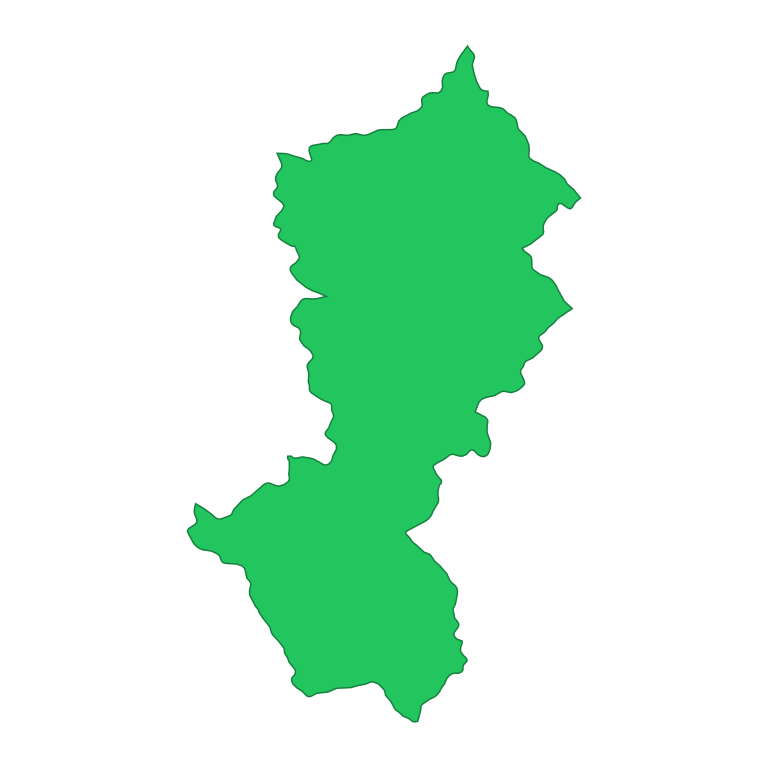 an SVG outline of Moravicki
{"feature_id": "SRB-829", "entity_name": "Moravicki", "entity_type": "District", "adm_level": 1, "iso_a3": "SRB", "parent_name": "Republic of Serbia", "parent_adm1": "", "projection": "equal_earth", "projection_center": [20.274, 43.751], "detail": "fine", "context": "isolated", "style": "filled", "palette": "green", "viewbox_px": 768, "rotation_deg": 0, "n_neighbors": 0, "source": "natural_earth", "source_scale": "10m", "svg_char_len": 6098}
<svg xmlns="http://www.w3.org/2000/svg" viewBox="0 0 768 768"><path d="M572.2,308.6L557.9,318.3L553.5,323.3L548.2,327.6L544.9,331.8L539.6,335.8L538.9,336.9L538.7,338.2L539.0,339.5L542.2,345.0L542.5,346.4L542.1,348.8L540.8,350.7L532.8,357.8L525.9,361.2L524.4,363.1L523.2,366.7L520.7,370.1L520.5,371.6L520.9,373.8L523.5,379.0L524.6,382.3L524.5,383.6L524.0,384.8L522.1,387.0L518.3,389.9L516.0,391.1L511.4,392.6L504.2,391.3L501.8,391.5L494.6,395.6L486.8,397.2L483.0,398.6L480.9,399.9L478.6,402.8L476.0,409.8L475.0,411.7L485.7,417.4L487.4,419.7L487.8,421.0L487.1,426.4L487.1,432.1L487.9,435.0L490.4,441.8L490.7,443.3L490.1,448.8L488.2,453.7L487.4,454.8L484.9,456.4L483.0,456.6L481.1,456.3L478.5,455.0L473.9,450.5L471.6,449.8L469.6,450.9L466.4,454.4L462.7,456.1L459.0,456.0L453.0,454.2L450.3,454.6L443.5,459.7L437.9,462.5L433.6,465.4L433.1,466.6L433.3,468.1L436.3,473.9L438.7,477.4L441.3,480.1L441.6,481.2L441.0,483.6L439.3,485.1L438.0,491.0L437.9,495.1L438.6,499.2L438.3,502.2L433.1,511.0L431.4,515.2L428.6,518.7L425.8,520.9L407.7,530.5L405.8,532.1L405.5,533.1L405.8,533.8L409.5,537.7L412.7,542.2L416.8,545.5L424.0,552.1L429.2,554.1L431.1,555.8L434.5,561.0L439.9,565.8L446.9,574.0L449.7,580.3L451.8,582.8L454.9,585.4L456.7,587.7L457.5,591.4L457.1,595.3L455.6,603.1L455.0,604.9L453.4,608.0L452.9,610.1L453.9,613.6L454.6,618.0L457.8,622.1L458.6,623.6L458.7,624.9L458.5,626.2L457.8,627.7L454.6,631.9L453.9,633.3L453.8,634.7L454.5,636.5L456.6,638.9L462.3,641.2L461.9,643.8L460.5,647.9L460.5,650.4L460.8,651.9L463.2,655.2L465.7,657.6L467.1,659.6L466.9,661.1L463.5,665.0L462.9,667.1L463.0,669.7L461.9,671.7L458.8,673.2L453.1,673.3L449.4,675.4L446.6,678.8L444.5,683.9L441.6,687.7L439.3,692.1L437.8,693.9L435.2,696.5L429.4,699.4L423.2,703.6L421.7,704.9L421.0,706.3L420.5,711.2L417.7,721.3L415.1,721.9L412.8,721.5L408.4,718.3L402.9,716.0L399.1,712.3L395.9,710.1L394.8,708.8L391.0,701.7L385.5,695.2L385.2,692.6L383.9,689.5L378.4,683.9L373.4,682.0L371.3,681.8L365.0,684.3L358.9,685.3L350.9,687.6L337.8,688.2L335.8,688.6L328.0,692.0L316.6,693.3L311.5,696.1L309.2,696.7L306.7,695.9L301.8,690.9L296.9,687.9L293.1,684.2L291.6,681.0L291.6,678.7L292.0,677.8L295.1,674.2L295.5,671.4L295.2,670.1L294.4,668.7L289.1,662.2L287.9,658.5L284.7,653.2L284.1,648.7L283.5,647.4L278.2,640.7L272.8,635.0L271.8,633.4L270.0,627.5L269.3,626.2L262.6,617.8L258.7,611.7L259.3,610.9L255.5,606.2L250.0,595.8L249.5,592.1L249.6,590.2L250.8,584.9L250.7,583.3L249.6,581.1L247.5,578.9L246.8,577.7L244.8,568.8L242.3,566.0L236.4,564.0L226.3,563.4L223.4,562.8L221.6,561.2L219.5,555.8L217.8,554.1L211.3,551.0L202.8,549.8L198.7,548.1L195.9,545.8L193.5,543.2L187.6,532.1L187.5,530.8L188.1,529.4L189.2,528.2L195.4,524.2L196.9,521.6L196.6,518.7L194.9,514.8L194.3,512.1L194.6,508.0L195.6,503.7L204.3,508.8L211.6,514.3L215.2,517.5L217.2,518.7L219.3,519.2L221.0,518.9L229.9,515.7L231.7,514.1L233.8,509.5L242.1,500.6L244.1,499.2L250.7,496.0L264.2,484.3L266.9,483.1L269.6,483.1L276.2,485.8L278.8,486.2L283.7,484.8L287.6,482.2L289.3,479.6L289.4,478.3L288.8,474.0L289.3,469.8L289.3,460.9L287.6,458.5L287.7,456.2L291.1,456.1L292.9,457.7L295.6,458.3L302.4,456.9L309.6,458.0L314.0,459.2L323.7,464.7L326.4,465.1L329.0,463.9L331.6,460.9L333.1,455.5L335.9,450.2L336.5,448.4L336.5,446.0L335.5,443.7L333.6,441.9L327.9,437.8L325.8,435.4L325.2,434.1L325.6,432.1L328.9,427.7L330.9,422.3L333.4,417.2L333.6,415.2L331.9,410.6L331.5,404.9L331.1,404.0L330.1,403.1L323.0,400.2L319.9,398.5L311.2,392.7L309.7,390.6L309.4,389.4L309.5,386.2L308.3,381.7L308.9,373.8L307.1,366.8L307.3,365.3L308.6,362.6L312.6,358.5L313.1,356.6L312.9,355.2L310.7,351.1L308.6,349.1L304.1,346.0L299.7,339.7L299.8,336.9L300.3,334.9L300.6,332.0L299.8,329.2L298.1,327.6L293.5,325.4L291.9,323.7L290.9,321.8L290.5,320.4L290.6,317.4L292.7,311.4L297.2,306.8L300.2,301.8L302.1,299.8L303.5,299.0L305.9,298.5L311.9,299.0L316.0,298.8L326.4,296.4L317.8,292.6L312.0,290.6L305.7,287.1L296.8,279.9L291.3,272.5L290.2,269.7L290.4,267.4L291.9,265.5L296.2,262.5L298.7,259.3L299.2,258.0L299.3,256.6L298.7,254.8L296.8,250.9L295.1,246.3L292.7,246.2L290.3,245.5L281.7,240.3L279.1,238.0L278.4,236.7L278.4,234.4L280.4,230.9L280.7,229.2L280.1,228.3L279.3,227.8L275.1,226.4L273.7,224.8L273.8,223.2L276.2,216.5L281.8,210.6L283.8,206.6L283.7,205.3L282.1,202.7L275.1,197.0L274.1,195.8L273.5,193.6L274.0,191.5L276.7,188.3L277.6,186.2L277.3,184.5L275.5,179.6L275.8,176.7L277.3,173.4L280.9,168.7L281.7,167.1L281.9,165.6L281.4,163.1L277.1,153.3L283.9,153.5L288.3,154.2L294.6,156.3L301.0,157.9L308.1,161.3L310.1,161.3L311.6,160.5L311.8,159.7L309.3,151.9L309.1,150.4L309.6,147.5L310.5,146.4L312.5,145.5L323.8,143.4L327.9,143.4L330.1,141.9L332.7,138.4L334.8,136.5L337.5,135.1L340.4,134.7L347.6,135.4L355.0,133.7L356.5,133.7L362.2,135.2L365.3,135.3L369.0,134.2L378.2,130.1L382.0,129.7L392.0,129.6L394.8,129.1L396.6,127.5L398.9,120.9L401.8,118.0L411.1,113.1L417.4,110.9L421.2,107.6L422.3,105.5L421.6,100.2L421.8,98.9L423.5,96.5L426.9,94.3L429.7,93.0L432.9,92.7L437.7,93.0L438.7,92.7L440.7,91.2L442.0,89.2L442.6,87.3L442.2,80.8L442.7,78.3L444.4,74.7L446.3,73.3L453.1,72.0L454.9,70.5L455.5,69.2L456.7,63.2L458.1,59.7L460.9,55.0L467.5,46.1L469.6,49.2L473.6,54.0L474.4,56.3L474.4,57.7L472.5,63.7L472.3,65.3L474.3,74.2L476.7,81.9L479.7,87.7L481.8,90.1L485.3,91.0L488.0,91.1L488.2,95.4L486.9,100.7L486.9,102.2L487.2,103.6L488.0,105.0L489.4,106.0L491.8,106.8L498.8,107.5L502.0,108.3L503.3,109.0L507.6,113.1L511.3,115.1L515.2,118.1L516.5,120.7L517.9,127.8L518.8,129.5L525.2,136.1L528.3,143.4L528.9,145.2L529.2,149.1L528.8,156.0L529.4,157.7L530.1,158.7L533.3,160.9L538.7,163.1L545.8,167.7L555.8,172.2L559.9,174.8L564.3,178.7L567.2,184.0L573.4,189.3L580.5,198.0L575.7,202.0L573.8,204.5L572.5,207.2L570.8,208.6L569.9,208.7L568.0,208.1L561.5,203.6L559.6,203.5L558.4,204.2L557.4,205.9L557.2,208.9L556.4,210.8L547.9,217.4L546.5,219.1L544.6,222.3L543.3,225.6L543.1,227.0L543.6,231.9L543.3,233.3L542.6,234.7L530.2,244.3L522.1,248.3L524.9,251.7L529.5,254.9L531.2,257.1L531.7,259.7L531.9,267.0L532.6,268.8L533.5,269.9L540.4,274.7L548.7,277.5L552.3,280.3L556.4,286.2L558.1,290.0L564.4,301.3L572.2,308.6Z" fill="#22c55e" stroke="#15803d" stroke-width="1.5"/></svg>